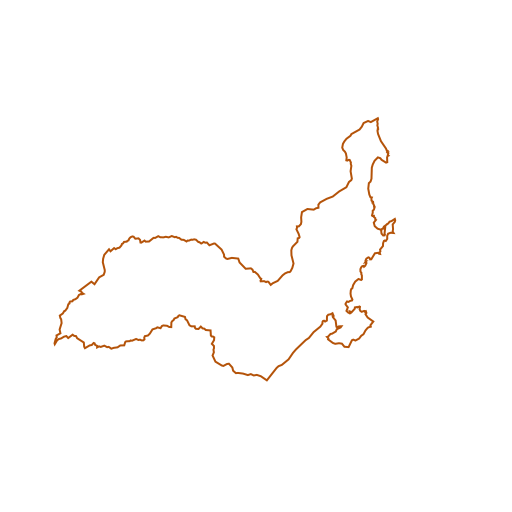 the district of Pisco, Ica, Peru, rotated 212°
{"feature_id": "86281439B1957856782963", "entity_name": "Pisco", "entity_type": "district", "adm_level": 2, "iso_a3": "PER", "parent_name": "Peru", "parent_adm1": "Ica", "projection": "natural_earth1", "projection_center": [-75.992, -13.889], "detail": "fine", "context": "isolated", "style": "outline", "palette": "amber", "viewbox_px": 512, "rotation_deg": 212, "n_neighbors": 0, "source": "geoboundaries", "source_scale": "gbopen_adm2", "svg_char_len": 6132}
<svg xmlns="http://www.w3.org/2000/svg" viewBox="0 0 512 512"><g transform="rotate(212 256 256)"><path d="M328.0,102.7L325.0,105.2L323.7,108.2L320.4,110.4L321.3,113.7L320.9,114.8L317.9,116.9L317.6,117.9L316.3,118.4L313.7,122.1L311.1,122.5L310.0,123.6L308.3,123.8L306.8,124.8L306.4,126.2L307.5,127.5L307.8,129.1L305.5,131.3L304.9,133.9L304.9,138.9L302.3,142.0L301.9,143.2L298.7,144.2L298.7,146.7L297.8,148.0L294.4,149.7L292.0,149.8L290.2,150.8L292.5,154.7L292.6,156.0L291.9,158.3L292.1,159.7L290.0,162.6L290.1,163.8L289.6,165.1L284.0,166.7L282.2,165.0L280.4,164.9L275.7,162.0L273.5,162.1L270.7,163.9L269.6,162.7L268.4,162.4L266.1,163.6L265.4,166.9L262.9,166.3L261.3,167.0L259.4,166.6L255.1,168.8L252.1,164.6L250.8,164.3L249.8,164.9L248.3,164.9L247.0,162.4L246.9,158.1L244.0,157.4L242.8,155.6L242.4,154.0L240.7,152.0L240.1,148.6L234.4,144.9L227.0,145.0L225.4,145.5L223.4,149.0L221.9,150.3L217.0,148.9L214.6,146.6L211.0,146.0L209.3,147.3L204.7,149.4L199.8,150.7L197.8,153.1L194.6,153.5L192.3,155.6L188.2,156.6L180.9,156.3L179.2,172.0L178.5,174.5L176.4,177.3L173.6,185.6L173.3,193.4L172.6,197.9L169.3,211.0L167.7,214.5L166.8,222.0L164.0,230.2L163.8,233.8L164.7,235.4L164.7,236.4L164.0,237.2L162.7,237.0L161.7,238.8L163.9,242.6L163.6,244.5L161.8,246.2L160.8,248.0L158.4,246.3L158.1,245.4L158.8,245.3L158.4,244.9L154.3,243.5L150.3,238.6L149.4,238.5L148.4,240.3L146.3,241.7L146.4,240.2L148.7,236.7L148.3,234.3L150.4,230.3L151.5,229.4L152.2,225.6L152.8,225.0L150.9,224.5L150.7,223.5L144.7,223.0L142.3,223.5L139.4,226.0L136.7,227.2L132.9,225.9L129.2,227.8L130.0,235.4L129.2,236.6L126.9,237.0L124.8,240.6L124.5,244.1L123.4,246.6L123.7,250.8L123.3,253.7L122.9,255.0L121.2,256.9L122.3,257.9L121.8,262.6L128.7,263.0L132.2,264.6L132.2,266.2L133.5,267.3L133.9,266.4L134.6,267.0L135.2,266.7L136.8,264.7L138.3,264.7L139.9,265.7L140.9,268.0L141.5,268.0L142.8,266.1L143.3,266.3L144.9,264.8L144.3,263.6L145.1,259.1L146.6,258.8L145.5,258.2L145.5,257.6L146.1,257.0L146.7,257.0L146.8,257.5L147.9,256.9L150.2,257.4L150.9,261.1L154.4,262.4L154.8,263.1L154.7,265.7L153.2,266.1L152.4,267.8L151.0,269.2L151.2,270.2L154.0,272.0L155.9,274.2L157.4,277.1L157.7,278.6L157.2,279.6L158.2,282.8L158.3,286.9L156.9,290.8L154.1,291.4L153.8,292.3L155.9,295.6L157.2,296.5L157.6,297.5L159.2,298.2L160.5,300.2L160.8,302.2L160.5,303.7L159.6,304.6L158.7,304.1L158.2,305.6L158.6,308.6L159.5,309.0L159.9,308.6L159.8,309.4L160.1,309.1L160.7,310.1L161.0,312.2L160.0,314.4L158.9,314.6L157.4,313.6L156.5,314.3L156.6,321.3L153.9,323.6L152.9,323.1L151.9,323.5L153.0,324.4L153.0,325.9L154.2,327.2L153.6,331.7L155.0,334.2L155.5,336.5L155.1,337.3L153.9,337.5L153.8,340.1L155.4,342.6L155.8,344.9L154.1,347.1L151.5,348.4L153.1,349.2L154.0,351.4L156.8,355.2L156.4,358.6L156.9,360.1L157.9,361.0L159.6,357.4L160.9,355.9L161.1,353.7L163.1,348.7L162.8,345.8L162.2,350.0L158.8,343.0L158.1,342.6L157.9,341.6L159.0,340.8L161.4,341.5L163.2,343.7L163.5,345.6L164.3,344.4L167.4,343.6L171.1,344.2L173.8,346.7L173.4,350.1L174.1,350.1L174.9,351.3L176.7,351.6L177.3,352.5L178.4,351.6L179.1,351.8L179.9,354.5L181.0,356.2L180.6,357.8L181.3,360.4L182.0,360.3L182.6,361.5L183.8,362.0L185.2,363.7L185.6,363.1L186.5,364.1L187.4,364.2L188.7,366.1L188.8,367.0L190.1,366.5L192.5,368.2L196.5,372.6L198.9,377.6L198.3,379.8L199.0,382.7L204.6,392.3L205.5,395.5L205.9,399.6L204.9,404.2L202.4,404.8L200.5,404.1L195.2,404.1L194.4,405.1L197.1,409.1L197.4,410.5L196.9,411.3L197.7,411.4L198.2,413.2L199.2,413.3L199.1,414.1L200.0,413.9L200.1,414.9L201.1,414.8L202.7,416.0L210.9,419.6L217.2,424.2L219.4,426.6L219.6,428.2L220.1,428.2L220.4,429.3L222.4,431.2L222.8,432.5L224.5,434.3L225.0,436.8L225.7,437.4L229.6,430.4L232.5,429.9L235.2,425.8L234.8,421.7L235.2,418.1L239.7,410.0L239.6,408.0L241.4,403.4L241.8,400.0L241.7,397.2L240.3,393.6L238.2,392.1L235.9,391.6L234.1,390.6L231.3,387.6L230.1,385.0L229.1,385.3L228.4,386.6L227.5,387.1L225.1,385.6L224.5,384.4L222.9,383.0L220.7,378.0L215.7,372.4L215.4,370.8L216.4,368.1L215.8,362.2L219.6,355.0L222.4,347.1L226.3,342.0L230.0,335.5L230.3,332.6L228.6,330.0L230.3,328.4L231.6,325.9L237.3,323.1L240.3,317.6L238.2,312.7L235.6,309.0L234.8,306.8L235.4,303.8L237.0,302.8L236.2,301.8L235.9,300.1L231.6,297.4L229.0,295.1L229.0,294.2L230.0,293.1L228.4,290.0L229.8,283.7L229.8,282.1L229.1,279.6L226.3,275.4L220.2,269.5L218.9,265.1L218.6,261.3L218.9,260.2L220.4,259.2L222.1,256.7L223.2,253.7L224.4,246.4L227.4,241.7L228.2,239.3L231.8,240.7L233.0,240.2L233.6,239.2L235.7,239.0L238.6,237.0L239.1,237.5L239.4,239.4L240.8,239.5L244.6,241.3L248.6,241.9L249.7,241.1L251.8,242.6L253.8,242.8L258.0,239.7L266.5,241.8L269.7,244.4L275.5,241.6L278.7,238.3L280.1,238.0L282.7,238.5L283.8,240.2L288.6,243.2L297.3,244.8L298.2,244.4L301.2,240.4L304.8,241.4L306.0,240.4L307.8,240.2L308.9,237.7L309.4,237.5L311.3,237.8L312.2,237.3L315.5,238.0L317.2,237.4L318.8,235.8L319.6,235.6L321.1,233.4L322.2,232.9L322.6,231.5L325.8,231.4L327.9,230.3L330.8,230.6L332.1,229.9L333.9,229.9L334.8,228.9L338.0,228.3L339.9,225.5L342.7,224.5L344.3,222.8L347.1,221.2L349.4,221.0L351.1,217.9L352.5,217.1L354.4,211.6L357.2,209.7L358.7,210.0L360.4,206.5L361.1,206.2L362.8,208.2L365.0,208.7L367.5,206.7L370.0,207.5L371.2,207.1L372.3,205.5L372.7,203.6L372.4,201.6L373.1,200.7L373.2,199.7L375.4,198.0L375.4,196.3L376.1,195.1L375.7,193.7L376.2,190.7L377.7,189.2L378.6,187.4L380.5,187.5L381.9,182.9L384.2,183.8L385.3,176.6L384.2,172.7L382.6,169.5L376.8,163.9L375.9,162.4L375.2,159.3L377.7,154.8L378.0,146.5L382.0,147.0L387.4,133.0L385.3,133.2L383.8,132.5L382.3,132.5L383.5,131.1L384.3,131.1L385.5,129.1L385.3,126.0L386.3,123.6L387.7,121.9L387.7,120.3L389.5,118.9L389.6,117.7L389.0,116.9L389.6,115.6L388.5,111.9L388.8,108.4L389.4,107.8L389.4,104.8L390.8,101.5L389.0,99.7L387.7,99.1L385.3,96.1L383.6,89.6L380.9,86.8L383.1,82.9L381.9,81.5L381.9,79.5L380.6,75.2L379.9,74.6L380.0,79.0L379.3,81.0L377.6,82.8L376.1,85.8L374.4,87.6L371.8,86.9L369.8,92.1L367.8,91.9L366.2,92.7L364.1,91.5L356.2,91.4L353.6,88.0L352.2,87.2L349.7,92.0L348.1,93.5L347.6,96.2L346.6,96.4L345.3,95.4L343.1,95.6L342.3,94.3L341.2,96.2L339.5,96.6L337.1,99.6L333.9,99.8L332.9,100.8L332.0,100.9L329.6,100.7L328.0,102.7Z" fill="none" stroke="#b45309" stroke-width="2"/></g></svg>